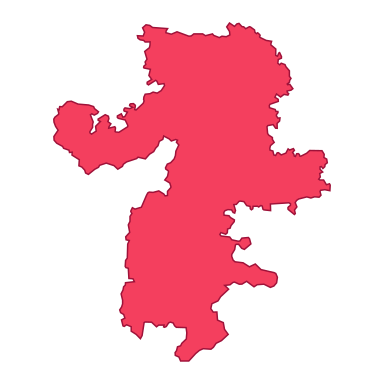 SVG path tracing the border of Chelyabinsk
{"feature_id": "RUS-2379", "entity_name": "Chelyabinsk", "entity_type": "Region", "adm_level": 1, "iso_a3": "RUS", "parent_name": "Russia", "parent_adm1": "", "projection": "orthographic", "projection_center": [60.252, 54.184], "detail": "fine", "context": "isolated", "style": "filled", "palette": "rose", "viewbox_px": 384, "rotation_deg": 0, "n_neighbors": 0, "source": "natural_earth", "source_scale": "10m", "svg_char_len": 5972}
<svg xmlns="http://www.w3.org/2000/svg" viewBox="0 0 384 384"><path d="M329.9,190.7L324.8,189.7L320.6,190.3L320.0,191.5L321.0,195.2L319.1,197.2L314.6,196.8L310.9,198.0L306.8,196.9L298.6,199.0L296.5,200.5L295.2,202.6L296.9,206.9L294.5,210.0L295.3,213.6L294.4,214.5L288.1,209.4L287.9,207.8L288.5,206.8L290.4,205.4L290.5,203.7L288.9,202.8L270.4,204.0L270.6,210.6L263.9,209.9L263.0,209.3L262.2,206.1L260.9,205.5L258.7,207.0L257.4,206.2L253.1,206.3L252.8,208.8L251.4,209.8L250.3,208.8L250.1,206.4L246.7,205.6L243.9,201.6L240.2,201.1L239.1,201.3L236.3,204.4L233.8,204.6L235.5,210.4L234.7,213.1L233.1,212.5L231.6,209.9L227.9,209.6L224.9,210.7L223.8,212.6L224.1,215.2L229.0,215.7L230.4,217.5L234.4,219.9L234.2,221.7L231.0,225.6L230.1,228.2L227.6,229.0L227.3,232.8L225.7,234.2L220.9,232.6L219.8,234.5L221.1,236.0L229.7,237.0L231.8,239.8L238.2,241.2L239.9,241.0L241.9,238.1L248.4,237.5L249.5,238.8L250.9,243.9L244.4,249.4L241.7,248.3L238.6,244.3L236.2,244.3L235.4,245.1L234.7,249.5L231.8,254.4L231.7,256.3L233.1,260.1L235.0,261.8L243.1,262.8L249.4,266.8L255.3,264.0L261.0,269.6L274.3,272.7L275.8,273.5L277.4,277.3L276.6,282.8L273.9,286.0L270.4,287.4L263.9,284.2L257.2,284.7L254.0,286.8L246.6,281.3L242.0,284.1L239.2,284.2L234.6,282.1L233.0,282.4L230.0,284.8L224.7,285.4L228.6,289.2L220.6,296.7L218.0,300.9L211.9,303.7L210.8,308.6L213.2,312.1L216.9,312.0L217.5,320.1L223.3,322.6L224.5,329.3L228.2,334.4L221.5,340.6L216.1,343.3L213.4,347.3L211.0,349.2L203.2,348.7L199.4,350.4L195.7,353.5L188.8,361.0L180.6,361.0L178.9,357.0L175.3,355.4L175.1,352.6L176.5,350.7L177.5,346.8L180.6,345.8L181.8,343.3L186.3,339.0L186.8,332.9L186.1,327.6L176.3,327.3L174.6,325.8L173.2,323.0L170.4,322.1L168.6,322.9L166.3,326.5L164.5,327.3L163.6,326.9L164.1,325.1L158.7,325.1L156.5,326.8L151.6,322.2L145.2,322.0L144.1,322.6L142.1,335.6L140.4,338.7L136.2,334.4L131.2,331.2L131.2,326.7L126.6,324.8L124.2,326.4L123.0,325.9L121.5,319.9L124.9,318.1L123.7,314.5L120.6,312.6L119.7,309.9L121.6,307.0L122.6,303.9L122.6,300.1L121.1,293.9L123.0,290.0L123.6,286.8L125.3,285.1L125.5,282.7L134.4,281.7L133.0,278.8L128.9,278.5L128.3,268.3L125.9,267.6L125.2,266.4L125.6,260.4L127.3,258.1L127.7,244.1L129.3,240.5L126.1,239.8L125.7,236.8L129.7,232.4L128.3,224.9L130.0,221.4L130.0,216.4L131.9,213.5L130.8,211.6L130.9,210.8L132.4,207.7L135.0,209.1L141.4,207.2L146.5,195.3L147.8,192.9L149.2,192.1L153.1,192.4L158.8,190.9L163.8,194.0L165.1,195.9L167.5,195.5L167.5,191.3L170.8,187.6L170.9,186.6L169.8,183.0L164.8,180.0L167.5,176.4L168.5,171.8L168.2,170.8L165.7,169.0L165.5,167.8L167.3,164.1L170.7,162.7L174.1,159.0L175.4,155.6L175.9,151.1L178.8,145.0L176.4,142.2L177.5,140.2L175.7,139.5L171.3,141.0L169.2,138.9L163.7,136.0L162.8,139.4L159.3,141.3L158.0,145.7L155.6,148.2L153.7,151.6L149.5,154.2L145.4,158.9L138.0,157.2L136.6,158.6L126.6,161.9L123.4,164.2L122.4,166.4L117.8,169.2L114.0,165.6L106.3,163.1L99.6,165.3L98.5,167.3L94.7,169.3L88.4,174.4L85.6,173.0L84.7,170.1L81.8,167.0L78.9,165.8L79.3,159.7L72.0,155.1L72.2,152.2L69.5,152.5L69.0,150.2L63.6,148.3L62.6,146.4L56.7,143.2L54.1,140.2L53.9,136.5L58.1,130.2L55.6,126.4L54.0,122.2L53.8,119.1L54.9,117.2L58.6,114.3L58.7,112.9L57.7,109.2L59.0,109.8L59.7,106.6L62.3,106.7L67.3,101.7L71.3,101.2L78.1,104.1L88.7,105.0L93.6,106.6L94.5,108.6L98.5,111.8L97.5,113.4L94.2,115.1L91.8,113.8L90.4,114.8L93.2,122.0L92.6,124.2L92.6,127.4L89.8,131.8L89.9,132.8L91.5,134.1L96.2,131.1L95.6,126.3L100.4,121.5L98.2,120.4L98.1,119.1L105.2,114.7L108.4,116.2L108.9,118.7L107.9,121.6L110.9,123.8L108.9,126.9L108.7,128.2L114.8,126.7L115.5,127.9L115.1,131.6L115.9,132.0L118.9,132.3L127.7,126.7L127.8,125.4L125.2,120.0L118.2,118.3L117.3,117.3L117.4,115.9L121.3,113.8L122.9,117.1L124.8,116.6L127.4,112.1L124.2,111.1L123.8,110.1L124.2,108.7L125.0,107.9L129.8,108.6L132.7,107.3L129.6,105.7L129.8,104.4L130.6,103.8L133.4,103.6L134.9,104.8L135.4,105.8L134.7,109.6L136.0,110.0L143.2,103.3L144.1,100.9L143.6,99.5L143.9,97.0L145.2,94.2L150.0,93.7L153.1,92.1L157.2,93.1L161.2,90.6L164.5,85.6L164.0,83.6L158.3,84.4L156.9,81.2L155.7,80.3L148.5,84.9L147.1,83.9L147.2,82.2L151.7,79.4L148.9,75.5L150.4,69.3L144.0,68.0L143.6,67.3L143.9,66.1L145.8,64.5L145.1,62.0L147.0,59.2L144.7,51.4L149.4,47.7L150.0,45.1L150.1,41.9L145.1,42.0L143.7,40.4L140.1,39.8L138.0,38.3L137.4,35.7L143.2,36.0L144.6,32.2L142.6,27.8L146.0,24.8L149.7,25.4L152.6,27.5L167.6,28.6L166.1,31.0L165.9,32.7L171.3,34.2L177.0,31.8L188.9,36.2L191.3,35.9L193.8,33.9L202.7,33.9L205.4,35.7L212.5,33.9L213.7,35.4L219.3,37.6L221.9,36.2L226.3,36.7L229.9,34.9L229.5,31.5L226.7,26.9L229.5,23.0L234.5,26.4L236.9,23.9L239.0,23.4L241.9,26.6L243.7,26.8L245.7,28.7L249.4,26.7L250.5,27.0L254.5,29.9L255.0,32.4L256.5,33.6L257.7,32.8L259.7,34.6L260.1,35.4L259.6,36.9L260.2,37.5L266.1,40.4L271.6,41.3L270.8,44.0L271.0,45.0L275.8,49.0L275.7,55.4L277.5,56.2L278.8,53.0L279.6,52.6L281.5,56.6L281.4,58.2L278.3,59.5L277.8,63.2L279.7,64.8L281.2,63.2L285.0,64.6L285.9,66.7L289.4,70.8L289.4,76.3L291.0,78.4L289.6,80.6L289.5,82.1L287.2,84.0L287.6,84.7L289.8,84.3L292.9,88.7L291.0,90.2L287.1,91.0L287.3,92.4L288.7,93.7L287.9,95.1L284.0,94.4L280.6,97.0L276.5,94.0L274.9,97.2L278.2,99.3L278.3,101.4L269.9,104.3L269.3,105.6L269.5,107.7L275.2,109.5L275.9,111.4L277.9,111.5L278.0,112.7L276.5,114.6L276.4,115.9L277.9,118.1L280.0,117.9L279.6,121.0L277.1,123.4L277.2,128.3L275.6,128.2L273.1,124.6L267.8,125.6L267.0,126.7L267.6,133.4L268.6,135.0L272.4,137.5L272.4,139.4L274.2,142.4L270.5,145.6L269.8,148.2L270.0,150.1L272.9,151.0L273.8,154.9L275.6,155.5L277.2,152.8L278.5,152.7L281.2,154.9L285.9,153.1L288.1,148.9L289.6,150.0L293.4,148.6L294.4,150.3L292.6,152.5L293.9,154.3L294.3,156.1L295.4,156.5L296.6,153.8L298.2,153.6L299.3,154.4L299.9,156.1L300.8,156.2L306.6,153.3L309.7,150.5L322.0,150.7L324.2,154.3L323.9,157.5L326.7,159.1L327.3,162.8L325.1,164.5L324.8,166.7L322.9,168.5L321.3,166.5L320.1,166.8L320.0,169.2L322.7,172.0L319.7,173.5L320.3,177.0L318.7,179.2L319.9,180.0L323.6,180.0L326.4,184.7L329.5,183.8L330.2,185.1L329.9,190.7Z" fill="#f43f5e" stroke="#9f1239" stroke-width="1.5"/></svg>